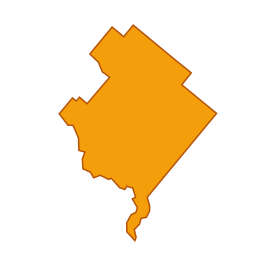 outline of Washington, Florida, United States of America, rotated 309°
{"feature_id": "52423323B12905112958239", "entity_name": "Washington", "entity_type": "district", "adm_level": 2, "iso_a3": "USA", "parent_name": "United States of America", "parent_adm1": "Florida", "projection": "orthographic", "projection_center": [-85.799, 30.61], "detail": "fine", "context": "isolated", "style": "filled", "palette": "amber", "viewbox_px": 256, "rotation_deg": 309, "n_neighbors": 0, "source": "geoboundaries", "source_scale": "gbopen_adm2", "svg_char_len": 720}
<svg xmlns="http://www.w3.org/2000/svg" viewBox="0 0 256 256"><g transform="rotate(309 128 128)"><path d="M89.0,95.9L79.7,103.9L82.2,109.7L75.2,112.0L67.9,118.7L70.0,126.6L67.7,132.6L73.8,136.2L75.9,145.4L78.4,146.6L76.4,159.1L78.2,164.3L81.9,163.7L84.4,169.4L78.9,177.5L75.6,176.0L72.0,185.4L67.6,187.2L62.5,185.0L53.4,186.7L46.6,192.4L44.8,204.2L48.0,203.2L53.0,196.8L60.4,197.5L66.0,195.1L70.1,198.5L77.1,197.0L81.2,193.7L86.2,186.5L195.1,187.6L195.4,142.6L210.7,142.5L210.6,122.8L211.2,67.3L196.3,67.2L196.4,52.1L161.5,51.8L160.5,63.6L155.5,72.7L155.9,81.8L121.1,80.9L121.4,70.9L116.4,70.8L116.4,65.9L105.1,65.8L95.8,65.6L92.4,79.5L95.5,83.6L89.0,95.9Z" fill="#f59e0b" stroke="#b45309" stroke-width="1.5"/></g></svg>